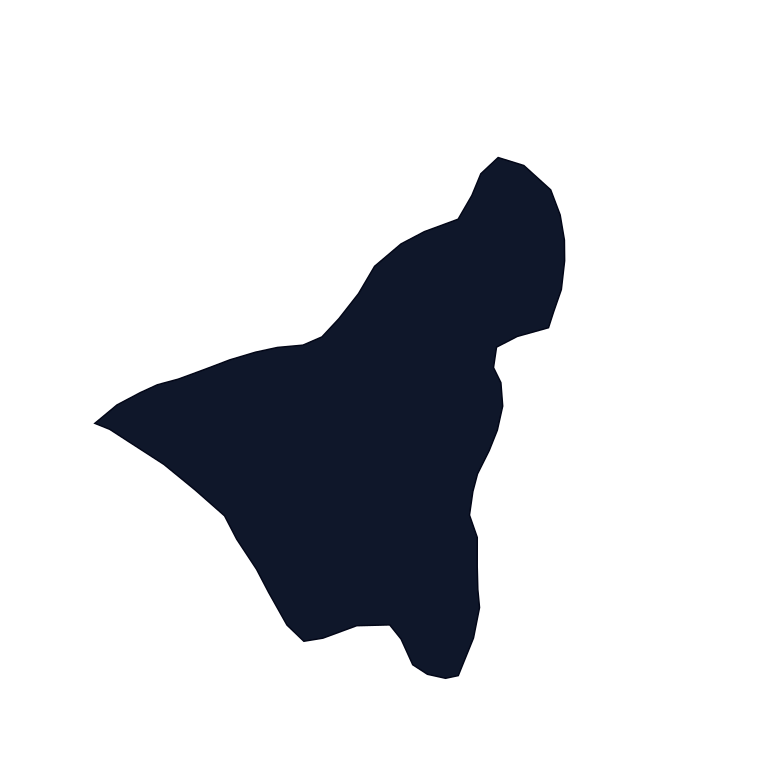 Vokolida, Cyprus, rotated 213°
{"feature_id": "46923920B93195640595309", "entity_name": "Vokolida", "entity_type": "district", "adm_level": 2, "iso_a3": "CYP", "parent_name": "Cyprus", "parent_adm1": "", "projection": "orthographic", "projection_center": [34.07, 35.367], "detail": "fine", "context": "isolated", "style": "filled", "palette": "ink", "viewbox_px": 768, "rotation_deg": 213, "n_neighbors": 0, "source": "geoboundaries", "source_scale": "gbopen_adm2", "svg_char_len": 915}
<svg xmlns="http://www.w3.org/2000/svg" viewBox="0 0 768 768"><g transform="rotate(213 384 384)"><path d="M162.9,179.9L170.6,219.7L182.1,248.5L193.5,262.9L206.4,281.7L222.2,306.1L240.9,320.6L250.9,342.2L256.6,359.5L259.5,385.4L263.8,407.0L272.4,430.1L286.7,448.8L301.1,457.4L309.7,476.2L298.2,496.4L276.7,520.8L281.0,536.7L286.7,559.8L299.6,585.7L311.1,603.0L328.3,621.7L349.9,637.6L385.7,643.4L411.6,636.1L417.3,613.1L413.0,590.0L411.6,562.6L433.1,533.8L446.0,510.8L456.0,477.6L454.6,445.9L457.4,414.2L461.7,389.7L473.2,372.4L493.3,356.6L509.1,340.7L526.3,320.5L542.1,298.9L559.3,275.9L573.6,260.0L583.6,244.2L596.5,221.1L605.1,193.5L589.4,196.6L566.4,196.6L524.8,196.7L484.7,192.3L445.9,186.6L423.0,173.6L390.0,159.2L367.1,146.3L334.1,129.0L311.1,124.6L296.8,137.6L275.3,166.4L248.0,185.1L230.8,179.4L207.0,164.2L189.5,164.2L172.1,170.7L162.9,179.9Z" fill="#0f172a" stroke="#020617" stroke-width="1.5"/></g></svg>